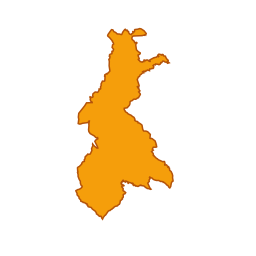 outline of Ambato Boeni, Boeny, Madagascar, rotated 303°
{"feature_id": "10022922B29824664852903", "entity_name": "Ambato Boeni", "entity_type": "district", "adm_level": 2, "iso_a3": "MDG", "parent_name": "Madagascar", "parent_adm1": "Boeny", "projection": "natural_earth1", "projection_center": [46.383, -16.718], "detail": "fine", "context": "isolated", "style": "filled", "palette": "amber", "viewbox_px": 256, "rotation_deg": 303, "n_neighbors": 0, "source": "geoboundaries", "source_scale": "gbopen_adm2", "svg_char_len": 5859}
<svg xmlns="http://www.w3.org/2000/svg" viewBox="0 0 256 256"><g transform="rotate(303 128 128)"><path d="M37.7,156.3L39.8,156.0L42.0,156.2L42.8,156.6L47.4,156.7L48.4,157.1L48.9,157.8L50.0,158.0L51.2,158.8L51.9,158.7L53.1,159.4L53.6,159.3L55.2,159.9L57.0,161.6L58.3,161.7L59.4,162.3L60.3,162.2L63.2,161.1L63.5,161.5L65.4,162.0L66.0,161.3L66.9,161.7L67.6,161.6L69.4,160.3L70.7,160.7L71.0,161.2L72.5,161.3L72.9,159.5L72.7,158.7L72.8,157.9L74.5,157.0L75.3,154.8L76.2,154.8L77.1,156.0L77.6,155.9L77.6,154.7L77.0,153.8L77.4,152.8L77.7,152.9L78.2,152.2L78.8,152.6L79.1,152.1L79.7,152.0L80.4,152.8L81.0,152.2L81.5,152.3L81.6,152.6L80.9,153.3L81.0,153.9L81.9,154.7L81.2,155.3L81.8,155.7L82.5,155.6L82.8,157.2L82.5,157.9L81.9,157.8L81.7,158.3L82.1,158.5L82.6,158.2L82.8,158.3L83.6,160.1L83.4,161.0L84.3,162.0L83.8,163.2L83.1,163.0L82.9,164.2L83.8,164.9L83.5,165.7L83.8,166.0L83.6,166.4L84.0,166.8L84.4,168.2L85.9,169.0L86.2,169.5L86.8,169.4L87.2,170.2L87.1,171.0L87.8,172.2L88.0,173.1L88.0,174.1L87.6,174.9L87.9,176.1L87.7,177.0L88.5,178.6L88.8,180.3L89.2,180.6L89.7,178.9L92.5,174.6L94.8,174.9L95.8,174.0L97.3,174.1L98.3,172.9L98.8,173.0L98.6,174.3L99.1,175.1L98.7,177.2L98.9,178.5L99.5,180.4L100.8,182.5L100.9,184.5L101.5,185.3L102.0,186.8L101.6,187.2L102.0,187.8L101.8,190.0L101.3,191.5L101.5,192.7L100.5,194.8L100.5,195.7L102.2,195.7L105.5,194.3L107.3,194.2L108.1,194.7L110.5,192.5L112.3,191.5L113.6,190.1L115.0,187.8L115.2,186.0L116.9,184.6L117.0,183.9L116.8,183.1L117.6,183.1L117.6,181.5L118.1,180.4L117.0,179.0L117.6,178.5L118.3,178.5L119.7,176.9L119.6,176.4L118.7,175.7L117.9,170.6L118.2,169.4L118.0,168.3L118.5,166.8L118.4,165.7L118.9,165.1L118.7,164.2L119.5,163.8L120.4,162.9L121.1,160.6L123.2,161.3L123.5,159.9L125.7,159.7L127.2,162.0L127.9,162.3L128.5,161.5L129.2,161.2L129.4,160.5L130.1,160.1L131.9,157.8L132.2,154.2L132.1,153.4L131.5,152.8L131.4,152.0L134.8,150.2L135.6,146.5L135.2,144.8L134.1,143.0L134.1,142.4L135.0,141.0L138.0,138.2L138.2,137.5L138.3,134.7L137.8,133.6L138.4,133.2L138.6,132.4L138.1,131.4L138.0,129.7L138.2,129.3L139.1,129.1L140.2,127.2L140.1,125.2L140.4,124.1L139.9,120.4L140.3,119.0L140.2,117.6L140.4,116.6L140.9,116.1L141.3,114.9L142.5,114.1L144.5,116.3L147.8,116.8L149.2,116.5L151.2,115.4L152.5,115.9L152.9,116.4L154.2,116.9L154.9,116.9L155.6,117.5L156.3,118.8L157.5,119.4L158.4,119.6L159.0,120.3L162.8,120.1L163.3,119.7L164.1,117.3L165.6,117.8L166.2,116.4L166.9,115.7L166.9,114.9L167.7,113.3L167.9,113.3L168.2,114.7L169.7,114.2L173.6,109.4L176.5,108.9L177.5,109.6L178.8,109.2L180.6,109.9L181.6,110.0L183.0,111.2L183.3,109.7L184.4,110.4L185.0,112.0L186.1,111.9L186.3,112.5L187.3,112.8L187.8,114.8L188.7,114.2L189.5,114.1L189.9,115.0L191.0,115.6L191.4,116.5L192.1,116.7L192.5,116.4L193.3,116.4L194.0,115.0L195.2,115.4L195.8,116.5L196.6,116.2L197.8,118.5L197.9,119.5L199.0,120.2L200.7,119.9L200.9,120.6L203.2,120.8L203.6,121.8L203.5,123.1L204.2,124.7L203.8,125.9L205.1,127.0L205.4,124.9L206.3,125.1L206.7,124.8L206.8,123.5L207.8,121.2L208.6,120.3L207.9,118.5L208.6,117.6L208.6,117.1L208.3,116.6L207.7,116.7L207.4,116.4L207.4,115.4L206.8,113.7L205.3,113.3L204.5,115.4L204.3,113.6L202.7,113.2L202.0,112.2L201.4,112.0L201.0,111.4L197.0,109.2L196.3,109.4L196.1,110.2L195.8,110.2L195.5,109.4L195.8,107.6L195.1,106.5L193.8,105.9L193.7,105.3L194.1,105.1L194.0,104.8L193.6,104.4L192.3,105.1L191.9,104.4L191.0,104.1L190.3,101.9L191.0,100.6L190.7,100.0L191.2,99.2L192.3,99.6L193.9,97.4L194.7,96.7L196.0,97.6L197.1,97.7L197.7,97.2L197.6,95.2L198.2,92.5L201.8,89.3L202.9,88.9L204.0,89.2L204.4,88.9L204.3,88.2L203.4,87.7L203.2,87.2L204.2,85.7L204.5,83.3L205.4,82.3L206.8,81.9L208.0,82.3L213.3,89.7L214.2,90.4L214.7,91.3L215.3,91.2L215.8,91.8L215.7,92.2L217.2,91.8L218.3,88.4L218.3,85.1L217.8,83.7L216.1,82.3L214.4,80.2L213.8,80.1L212.4,80.9L211.8,80.7L211.4,79.6L210.4,80.4L209.0,79.8L208.1,79.9L207.7,78.0L208.5,76.4L209.1,76.0L209.0,75.5L209.3,74.8L209.0,74.4L209.6,73.8L208.9,73.0L209.3,71.9L208.7,71.6L205.7,71.4L203.1,71.8L202.6,71.4L202.3,70.0L201.0,67.7L201.4,65.7L201.1,63.5L201.9,62.3L202.0,61.7L201.5,60.6L200.4,60.5L195.6,60.3L194.4,60.6L194.0,61.2L193.8,63.1L192.5,67.6L192.0,67.8L191.5,69.2L190.6,70.2L189.3,69.8L186.9,70.8L186.2,73.0L184.0,73.5L183.5,72.8L181.6,74.0L180.0,72.8L179.1,72.7L178.8,73.1L178.1,73.2L178.2,73.8L177.5,74.3L175.9,74.8L175.2,74.5L173.6,76.1L169.9,78.3L165.9,81.8L163.1,81.3L162.5,80.8L161.7,81.0L161.6,80.3L160.0,79.6L159.2,80.4L159.0,80.0L158.7,80.1L157.9,81.2L154.9,82.8L154.3,82.6L153.4,81.0L150.3,81.4L148.9,82.4L147.6,82.5L146.0,83.7L145.6,83.6L145.0,82.5L143.6,83.2L141.6,83.2L141.2,82.9L140.7,81.5L140.2,80.8L137.6,80.0L136.0,80.7L135.2,81.6L134.6,81.6L134.2,81.3L133.5,79.2L132.7,79.6L132.2,80.7L131.2,80.8L130.3,82.0L130.2,83.7L129.8,84.1L126.5,79.5L123.2,79.6L113.5,78.7L110.1,80.4L108.4,82.0L104.6,83.8L104.8,85.0L105.6,86.1L107.2,87.3L110.7,91.4L113.4,91.6L110.1,92.9L108.8,93.9L105.0,95.9L103.6,97.2L102.7,99.4L103.0,104.2L102.5,105.9L102.6,107.0L103.4,107.7L102.5,108.6L100.1,107.4L98.7,107.5L95.8,112.4L94.8,113.6L94.2,112.9L94.4,110.5L94.7,108.7L95.4,107.0L95.1,107.1L94.2,108.1L90.8,108.7L89.4,110.0L85.7,110.5L84.6,109.6L84.3,108.5L83.6,108.6L82.6,108.1L81.9,108.2L81.1,107.8L80.3,107.8L78.8,108.7L77.5,108.6L76.2,109.6L74.8,108.4L73.9,108.6L73.3,108.3L72.5,108.8L69.1,108.1L68.3,107.5L67.1,107.3L64.8,109.0L64.4,109.6L63.4,109.7L63.2,110.4L62.4,110.7L61.8,111.5L60.2,112.5L58.3,115.1L57.4,117.0L55.7,118.2L54.3,120.1L54.3,121.1L53.7,121.6L51.9,121.4L49.9,120.4L49.1,119.5L47.1,118.4L46.8,118.6L45.4,120.9L44.2,121.7L43.5,124.3L42.4,125.3L41.8,127.6L40.9,128.3L41.3,130.2L41.1,131.0L41.6,131.5L41.5,132.0L41.8,132.8L41.6,133.8L42.1,134.6L41.9,135.2L41.2,135.4L41.3,136.3L40.5,137.0L40.3,137.6L41.3,140.4L40.6,142.2L40.4,145.9L39.6,147.7L38.8,148.3L38.8,149.8L38.4,151.7L38.5,152.4L39.3,153.3L39.2,153.8L38.2,154.9L37.7,156.3Z" fill="#f59e0b" stroke="#b45309" stroke-width="1.5"/></g></svg>